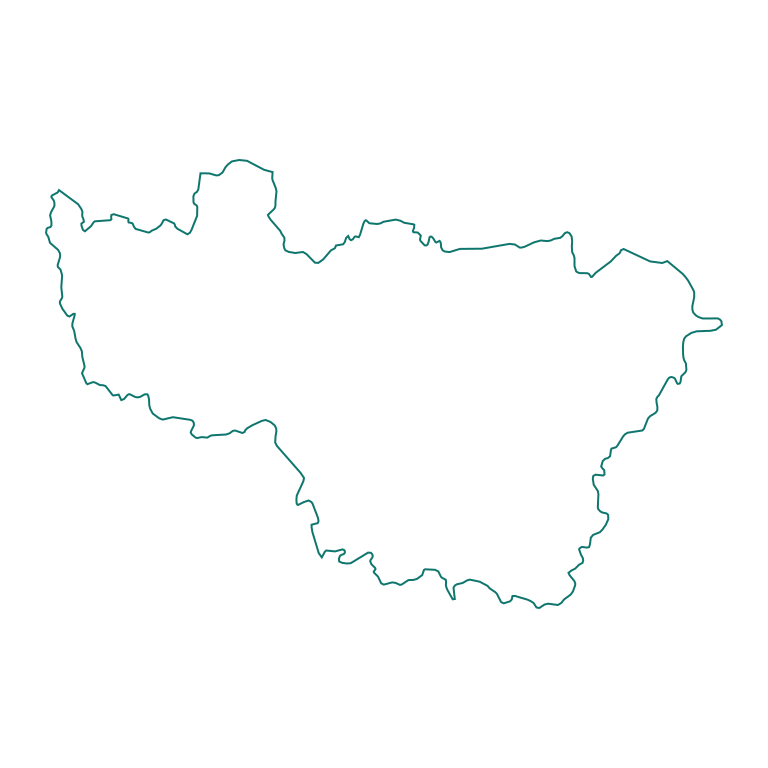 map outline of Vladimir (orthographic projection)
{"feature_id": "RUS-2376", "entity_name": "Vladimir", "entity_type": "Region", "adm_level": 1, "iso_a3": "RUS", "parent_name": "Russia", "parent_adm1": "", "projection": "orthographic", "projection_center": [40.326, 55.967], "detail": "fine", "context": "isolated", "style": "outline", "palette": "teal", "viewbox_px": 768, "rotation_deg": 0, "n_neighbors": 0, "source": "natural_earth", "source_scale": "10m", "svg_char_len": 6057}
<svg xmlns="http://www.w3.org/2000/svg" viewBox="0 0 768 768"><path d="M187.4,234.3L189.9,232.8L191.5,229.9L197.1,215.9L197.3,207.0L196.6,205.4L194.2,203.8L193.5,202.3L193.4,196.2L194.5,193.6L196.9,191.9L198.3,189.5L200.5,173.3L209.2,173.4L216.2,175.4L218.8,175.2L222.5,172.5L225.5,167.2L227.9,164.5L231.9,161.4L239.2,160.0L247.0,160.8L264.1,169.8L272.6,172.1L272.2,178.0L272.5,179.9L275.7,187.9L276.5,191.2L275.5,201.3L275.4,206.1L274.8,208.0L273.6,209.5L267.9,214.9L268.7,216.8L270.6,219.7L280.2,230.8L281.8,234.0L284.3,237.6L284.5,240.4L283.5,244.6L284.3,248.2L285.0,249.7L285.5,250.4L288.7,251.9L295.2,253.0L303.0,252.0L306.5,254.1L315.0,262.7L318.3,262.9L323.3,259.3L330.9,250.4L334.9,248.2L336.0,245.5L343.1,244.3L344.7,242.2L346.2,237.8L348.2,236.0L349.6,239.1L351.0,240.2L352.8,239.3L354.6,236.8L355.6,236.4L358.8,237.2L360.1,234.6L363.4,223.6L364.6,221.2L365.5,220.3L366.3,220.4L368.9,222.9L369.9,223.3L377.3,224.0L380.7,223.3L383.3,221.8L395.7,219.6L400.3,220.7L404.3,222.8L413.4,224.3L414.3,224.7L414.1,227.9L413.1,230.3L413.0,231.4L413.4,232.2L417.7,232.5L420.8,235.5L420.0,239.7L420.5,240.9L424.6,245.3L426.1,245.5L427.5,244.7L428.6,241.8L429.5,237.3L430.4,236.6L431.6,236.7L433.2,238.3L435.5,242.1L436.3,242.5L439.6,240.9L440.5,242.1L441.0,244.6L441.1,247.3L442.6,250.3L444.8,251.5L449.5,252.1L459.9,248.9L481.9,248.7L509.4,243.9L514.9,244.5L519.8,247.6L522.0,247.5L525.0,246.6L533.9,242.4L540.7,240.5L547.3,241.1L550.7,240.5L554.3,238.8L560.3,237.8L562.4,236.2L564.8,233.2L567.1,232.2L569.5,233.2L571.6,236.4L572.2,241.4L571.8,246.4L572.2,252.2L573.7,255.1L574.5,257.9L574.5,266.1L576.2,271.4L577.6,272.4L579.8,273.1L587.3,273.2L589.0,274.0L591.1,277.0L592.1,276.8L595.6,272.9L610.8,261.4L616.1,255.8L619.5,253.3L620.4,251.9L620.8,250.4L623.6,249.0L650.1,261.4L662.2,263.0L667.3,261.1L682.5,273.7L685.3,276.8L688.0,280.4L693.4,290.1L694.2,292.5L694.2,297.2L692.3,306.4L692.4,309.8L693.3,312.6L696.2,315.7L698.9,317.2L702.7,318.5L717.7,318.4L719.9,319.5L721.4,321.2L721.9,325.1L716.0,329.7L710.5,330.8L696.7,331.3L691.1,333.0L685.9,336.4L684.2,338.7L683.4,341.6L682.9,346.3L683.1,354.4L683.5,357.9L684.2,360.3L685.9,363.4L686.4,369.9L685.6,372.0L681.3,376.3L680.5,382.0L679.7,383.5L677.8,383.9L676.9,382.9L674.9,378.5L673.6,377.6L671.4,377.0L669.3,377.6L667.8,379.3L658.9,395.4L657.6,396.6L656.3,399.0L656.6,402.9L657.4,406.9L657.3,410.4L655.5,412.9L650.2,416.1L648.0,418.5L643.9,428.9L642.3,430.5L627.7,432.7L625.1,434.2L623.2,436.3L617.2,446.0L615.9,447.3L611.5,448.6L610.9,450.2L610.1,456.2L607.8,458.1L605.1,458.8L602.7,461.2L601.2,466.5L602.4,468.4L604.2,470.1L604.5,474.5L603.2,475.5L595.5,474.7L593.3,475.9L592.8,478.6L593.7,484.7L597.9,491.1L598.4,494.3L597.8,507.4L598.3,509.2L600.4,511.5L602.3,512.5L606.5,513.4L608.1,514.8L608.3,519.2L605.9,524.6L602.6,529.4L599.9,532.2L593.1,534.9L590.8,537.7L590.0,544.1L589.1,547.1L586.8,547.6L582.0,546.9L579.7,548.2L579.1,549.3L580.9,554.5L582.8,558.0L583.2,560.4L582.5,562.9L579.1,564.7L575.1,568.7L571.6,570.4L568.5,572.8L569.6,575.2L574.4,581.1L575.3,583.7L575.1,585.5L573.0,591.3L570.7,594.6L564.0,599.5L561.4,602.9L557.9,605.0L548.2,603.7L544.6,604.5L539.3,608.0L536.5,607.5L533.7,603.1L531.4,601.5L527.7,599.7L514.8,595.9L512.5,596.0L511.7,599.6L509.9,601.4L503.8,603.3L501.1,602.1L496.9,593.8L495.1,592.0L489.7,588.4L487.6,585.9L479.7,581.7L469.8,579.6L467.1,580.4L462.6,583.0L456.8,584.3L454.8,585.6L453.5,587.7L454.8,599.0L452.7,599.3L447.4,589.9L446.4,587.4L445.9,585.2L446.1,581.8L445.8,579.8L441.9,577.7L441.0,576.8L438.3,571.4L435.0,569.8L425.1,569.3L424.0,569.9L422.2,575.1L417.0,578.9L413.5,579.9L408.4,580.1L401.7,584.5L400.0,584.9L395.6,582.9L392.2,582.4L383.8,584.6L381.2,583.3L378.0,576.6L374.1,572.7L373.7,571.7L375.5,569.1L375.2,568.0L371.4,564.2L370.4,561.8L370.3,560.5L372.4,557.4L372.7,556.1L372.4,554.5L370.9,552.8L368.1,552.6L350.7,563.2L347.0,563.5L342.4,562.9L339.2,561.5L338.9,558.8L339.9,556.0L341.3,554.9L343.7,554.1L344.8,552.8L344.9,551.7L344.4,550.2L342.5,549.4L335.0,551.4L326.2,550.5L324.9,551.7L321.8,557.4L318.7,553.0L312.4,532.1L311.6,527.3L311.6,524.7L317.5,523.2L318.1,522.6L318.5,520.8L318.0,518.0L312.6,503.8L311.5,502.1L308.7,500.5L304.0,502.0L297.9,505.0L297.2,504.5L296.6,503.1L296.4,499.3L296.8,495.5L303.4,481.1L304.0,477.9L300.6,472.9L276.9,445.9L275.2,442.5L275.5,436.6L276.4,431.3L276.2,428.5L274.7,425.4L270.6,422.0L265.7,420.0L262.0,420.8L252.2,425.3L247.0,428.4L245.1,430.5L244.5,432.0L242.4,433.0L235.4,430.6L234.1,430.6L232.7,431.0L229.6,433.3L226.1,434.5L212.2,435.3L210.3,435.8L207.4,437.6L201.5,437.1L197.0,438.1L195.5,437.5L191.8,434.5L190.7,432.6L191.2,430.8L193.9,425.5L193.8,422.7L192.3,420.6L190.1,419.8L172.9,417.2L162.7,419.6L159.2,418.3L152.7,413.5L150.3,409.0L149.3,405.5L149.0,399.0L148.2,395.8L147.4,394.3L144.8,394.3L140.1,396.9L137.2,397.4L134.8,396.8L129.7,394.2L128.5,394.4L127.2,395.3L124.1,399.0L121.3,400.1L118.7,394.6L113.3,395.5L112.5,395.0L105.5,386.0L102.9,385.2L100.0,385.1L95.0,382.5L93.0,382.1L87.4,384.2L86.3,383.2L82.0,373.2L84.5,367.6L84.5,365.9L82.3,356.8L81.9,351.4L80.4,347.9L76.6,342.2L75.5,338.4L74.2,331.0L72.3,326.3L72.4,323.4L74.6,315.4L74.7,313.9L73.3,313.9L69.5,316.5L67.4,315.7L62.4,308.8L59.9,303.4L59.9,301.5L62.1,297.8L62.3,296.4L61.3,287.2L62.1,276.0L61.9,274.5L60.5,269.6L58.0,267.1L57.7,266.1L57.7,264.9L60.0,257.2L60.2,255.7L59.9,253.2L58.1,249.9L50.0,242.8L48.3,236.9L46.3,233.7L46.1,232.6L46.6,229.0L47.7,227.9L50.5,227.0L51.5,225.1L51.4,221.6L50.1,215.3L51.0,212.3L54.2,206.4L54.5,205.1L54.4,202.9L53.8,200.6L51.4,197.2L51.4,196.3L52.1,195.4L57.6,192.5L59.0,190.1L78.2,204.3L81.4,209.1L82.4,211.7L82.2,215.2L82.4,216.8L83.5,219.3L83.9,221.8L81.4,223.6L81.5,225.7L82.9,229.8L84.9,231.3L90.9,226.3L93.6,222.3L94.9,221.3L110.4,220.2L111.4,219.2L111.1,216.7L111.4,215.0L113.7,214.2L128.1,218.5L128.5,219.2L128.3,221.1L128.6,222.4L132.0,223.1L132.7,223.7L133.9,226.6L135.6,228.9L148.2,232.5L149.7,232.3L151.7,230.7L156.3,228.7L160.4,225.5L161.5,224.1L163.6,220.2L165.9,219.5L174.1,223.4L174.9,224.9L175.3,226.6L177.5,228.8L187.4,234.3Z" fill="none" stroke="#0f766e" stroke-width="2"/></svg>